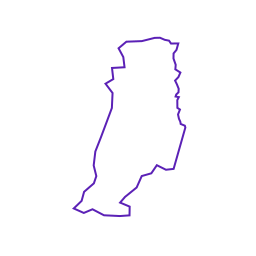 the district of Kato Zodeia, Cyprus, rotated 136°
{"feature_id": "46923920B4985084471398", "entity_name": "Kato Zodeia", "entity_type": "district", "adm_level": 2, "iso_a3": "CYP", "parent_name": "Cyprus", "parent_adm1": "", "projection": "mercator", "projection_center": [32.975, 35.159], "detail": "fine", "context": "isolated", "style": "outline", "palette": "violet", "viewbox_px": 256, "rotation_deg": 136, "n_neighbors": 0, "source": "geoboundaries", "source_scale": "gbopen_adm2", "svg_char_len": 878}
<svg xmlns="http://www.w3.org/2000/svg" viewBox="0 0 256 256"><g transform="rotate(136 128 128)"><path d="M46.2,174.3L57.7,180.9L69.2,191.2L79.4,191.9L82.1,182.3L88.3,174.1L97.8,182.3L104.6,173.4L113.4,175.5L114.8,163.9L125.7,153.6L139.9,146.8L154.2,140.0L167.8,133.8L178.7,124.9L184.2,115.4L191.0,111.9L203.9,112.6L212.0,107.8L222.9,107.8L218.8,97.6L210.0,94.2L205.9,81.9L195.0,70.3L187.6,64.1L181.4,70.3L185.5,79.8L178.0,80.5L163.1,79.2L151.5,83.9L142.7,79.2L133.1,81.2L129.7,71.6L123.6,66.9L86.4,88.5L85.5,90.2L87.3,94.3L86.0,96.2L84.9,99.3L82.6,103.0L77.8,105.2L78.5,108.2L76.2,110.6L73.2,113.8L70.0,114.9L71.9,117.6L70.0,118.6L66.9,118.6L64.3,121.0L62.5,125.4L61.2,129.4L56.4,129.6L51.8,131.5L53.2,137.3L49.8,140.3L47.0,146.4L43.4,150.0L38.9,150.5L33.1,153.9L38.4,158.9L37.8,162.3L40.3,165.9L42.3,170.7L46.2,174.3Z" fill="none" stroke="#5b21b6" stroke-width="2"/></g></svg>